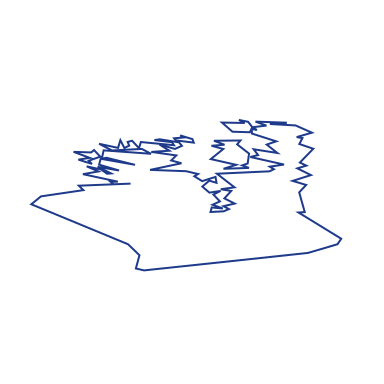 Averøy nor, Møre og Romsdal, Norway (Equal Earth projection), rotated 11°
{"feature_id": "86288312B65221364882540", "entity_name": "Averøy nor", "entity_type": "district", "adm_level": 2, "iso_a3": "NOR", "parent_name": "Norway", "parent_adm1": "Møre og Romsdal", "projection": "equal_earth", "projection_center": [7.535, 63.027], "detail": "medium", "context": "isolated", "style": "outline", "palette": "blue", "viewbox_px": 384, "rotation_deg": 11, "n_neighbors": 0, "source": "geoboundaries", "source_scale": "gbopen_adm2", "svg_char_len": 1944}
<svg xmlns="http://www.w3.org/2000/svg" viewBox="0 0 384 384"><g transform="rotate(11 192 192)"><path d="M271.9,105.9L240.9,110.8L252.4,112.6L238.9,116.9L233.7,112.4L224.3,112.3L230.5,114.2L208.2,118.1L220.2,125.1L237.4,122.3L238.8,117.0L243.9,118.7L238.6,118.8L239.7,123.2L265.0,126.2L256.3,131.2L268.3,137.4L244.4,138.3L249.8,143.1L242.6,146.5L277.1,147.5L263.5,152.3L268.0,154.0L264.2,156.9L213.0,169.3L232.8,179.3L219.7,183.8L230.3,183.5L225.0,192.1L236.1,195.2L225.7,199.9L231.5,201.7L226.8,204.9L214.0,208.1L214.3,203.4L225.4,202.3L214.6,200.6L221.2,195.9L213.5,190.4L219.8,185.5L209.2,189.3L201.1,184.7L206.8,177.6L214.3,178.3L212.2,172.7L199.9,179.4L191.3,176.1L194.5,173.2L182.3,172.7L146.6,178.3L176.2,165.8L165.6,165.0L169.6,159.1L144.4,160.4L161.9,155.8L151.0,151.6L167.0,153.0L173.3,148.6L168.0,144.3L184.3,143.2L182.3,140.0L169.6,138.7L173.4,140.1L164.2,142.7L168.0,145.8L150.3,146.4L145.2,148.2L162.8,146.9L165.4,149.5L132.3,152.7L131.6,159.1L123.4,153.1L119.3,155.1L121.5,158.5L117.2,161.7L111.8,154.8L111.0,162.8L91.6,162.4L105.6,166.5L134.5,159.3L144.5,162.3L97.3,168.0L97.1,176.5L101.5,174.7L130.9,176.2L96.0,176.8L95.6,182.9L116.3,184.8L94.6,185.3L109.0,189.2L105.1,190.3L98.7,187.3L83.7,186.9L96.2,189.7L81.5,195.3L117.2,196.0L110.1,197.5L113.5,199.4L130.1,195.5L79.7,207.4L85.0,210.9L44.6,225.1L36.6,234.7L139.2,255.5L152.5,264.1L151.5,277.8L159.9,278.1L317.4,229.7L344.8,215.5L347.4,209.4L300.4,191.8L306.5,190.2L297.3,171.9L302.7,163.3L288.7,161.9L305.5,152.7L290.9,148.7L299.2,144.3L292.3,142.5L302.8,126.4L288.2,124.4L290.1,118.0L284.3,118.1L298.4,110.9L281.0,106.9L255.5,110.4L271.9,105.9ZM229.7,132.2L203.8,137.5L214.9,139.4L202.3,142.9L214.5,143.8L204.2,156.1L230.1,156.9L218.5,163.2L243.3,157.5L236.2,156.3L241.2,153.4L240.7,143.4L227.2,136.6L229.7,132.2ZM95.2,174.8L87.8,169.5L85.5,172.4L68.1,175.2L85.1,178.0L74.3,181.9L88.4,183.5L84.7,181.0L95.2,174.8Z" fill="none" stroke="#1e3a8a" stroke-width="2"/></g></svg>